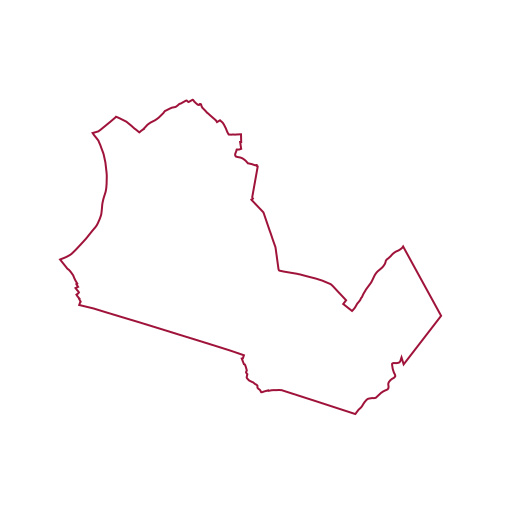 outline of Kapelle, Zeeland, Netherlands, rotated 109°
{"feature_id": "6326949B3037358920764", "entity_name": "Kapelle", "entity_type": "district", "adm_level": 2, "iso_a3": "NLD", "parent_name": "Netherlands", "parent_adm1": "Zeeland", "projection": "albers", "projection_center": [3.961, 51.499], "detail": "fine", "context": "isolated", "style": "outline", "palette": "rose", "viewbox_px": 512, "rotation_deg": 109, "n_neighbors": 0, "source": "geoboundaries", "source_scale": "gbopen_adm2", "svg_char_len": 5905}
<svg xmlns="http://www.w3.org/2000/svg" viewBox="0 0 512 512"><g transform="rotate(109 256 256)"><path d="M192.9,450.5L194.3,448.7L195.9,446.1L198.1,442.7L199.8,441.2L201.7,439.4L204.1,437.5L208.7,433.7L210.7,432.4L213.7,430.6L216.5,428.9L225.9,424.4L228.5,423.3L230.9,422.5L236.6,420.7L240.5,419.7L242.2,419.4L244.2,419.1L251.4,418.9L254.3,418.6L257.1,418.2L259.1,417.7L262.7,416.8L266.3,416.0L268.0,415.8L271.5,415.8L276.4,416.2L278.5,416.5L280.7,417.1L285.8,419.1L294.8,422.3L299.7,424.4L308.9,428.5L311.5,429.8L314.2,431.2L315.8,432.4L317.7,434.1L319.5,435.9L323.1,440.1L326.6,434.6L328.7,431.3L329.0,430.9L329.2,430.6L329.4,430.3L329.5,429.9L329.6,429.7L329.8,429.0L330.1,428.2L330.3,427.8L331.3,426.1L333.7,422.7L334.2,422.2L335.7,421.0L337.9,418.8L340.3,416.0L341.1,416.7L343.1,414.2L345.1,416.2L346.6,413.9L347.2,412.8L348.0,411.6L349.2,411.9L351.0,413.2L351.7,412.4L352.7,410.9L353.8,409.1L354.1,409.3L356.3,406.9L356.6,406.9L356.9,407.2L359.9,407.2L358.5,392.6L358.0,377.6L357.2,357.1L356.8,347.5L355.4,303.4L354.3,268.6L354.0,257.1L353.8,249.8L353.8,235.1L357.0,235.1L357.6,236.1L362.2,232.2L362.2,231.3L362.7,230.7L364.5,229.3L367.1,227.5L367.3,227.4L367.8,227.5L368.6,227.6L369.0,227.6L369.3,227.5L369.5,227.3L370.5,226.0L370.6,225.7L372.4,225.5L373.4,225.4L373.8,225.2L374.0,225.2L374.3,224.9L374.5,224.7L375.0,223.9L375.1,223.6L375.6,222.7L375.8,222.4L375.9,222.0L376.0,221.7L376.1,220.9L376.4,218.6L376.4,217.6L376.5,217.3L376.6,217.1L377.2,215.6L377.4,214.9L377.5,214.5L377.5,214.0L377.5,213.8L377.6,213.5L378.1,212.5L378.2,212.4L378.8,212.2L379.7,211.9L379.9,211.8L380.2,211.5L380.7,210.7L380.8,210.4L381.1,209.4L381.3,208.9L381.6,208.3L382.0,207.9L383.0,206.9L383.1,206.7L382.8,206.0L382.5,205.5L381.4,204.2L381.1,203.7L380.2,202.4L380.0,202.1L379.9,202.0L379.9,201.7L379.3,201.0L379.1,200.9L379.0,200.7L379.3,200.4L379.4,200.2L378.0,197.8L377.6,197.0L377.3,196.2L375.9,192.3L375.7,191.9L375.2,190.6L374.7,188.7L374.5,188.2L374.5,187.3L373.8,153.1L373.1,110.7L372.7,110.5L371.5,110.1L370.9,110.0L370.1,109.7L368.9,109.3L368.0,109.0L366.2,108.0L364.8,107.3L363.2,106.8L361.2,106.4L360.1,106.1L359.2,105.9L358.2,105.5L356.3,104.8L355.5,104.3L355.0,104.0L354.7,103.7L354.1,102.9L353.4,101.6L352.6,100.1L351.9,98.0L351.5,97.2L351.1,96.6L345.3,93.5L344.4,93.0L343.6,92.3L343.1,92.0L342.4,91.4L341.4,90.4L340.0,88.9L339.3,88.2L339.1,88.1L338.2,87.8L337.9,87.8L336.4,88.1L334.9,88.9L334.4,89.1L333.9,89.3L332.9,89.4L332.3,89.3L331.9,89.3L331.0,89.0L329.9,88.6L329.0,88.1L328.1,87.5L327.3,86.9L326.5,86.1L326.0,85.8L325.7,85.6L325.4,85.5L324.4,85.2L323.8,85.4L323.5,85.6L322.8,86.1L322.1,86.8L321.4,87.6L318.9,89.5L318.0,90.1L316.1,91.1L315.2,91.6L314.3,92.0L313.6,92.2L313.3,92.1L312.6,91.4L312.1,90.1L311.9,89.4L311.6,88.4L311.1,87.4L310.6,86.6L309.9,85.8L309.1,85.5L308.8,85.4L308.1,85.3L305.4,85.4L304.5,85.4L310.4,81.1L252.3,61.5L199.1,120.0L200.6,120.4L202.1,121.3L203.5,122.3L204.9,123.6L206.2,125.1L207.6,126.2L209.0,127.1L210.5,127.9L212.1,128.5L213.6,129.3L215.1,130.1L216.5,131.1L218.1,131.7L219.9,131.5L221.6,131.6L223.2,132.0L224.8,132.5L226.3,133.2L229.3,135.0L230.8,135.9L232.3,136.6L233.9,137.1L235.5,137.5L238.9,137.9L240.6,138.1L242.3,138.3L243.9,138.6L251.9,141.1L253.5,141.4L256.8,142.1L258.5,142.3L260.2,142.4L261.8,143.0L263.5,143.1L265.1,143.6L266.7,144.2L268.2,144.8L269.8,145.1L271.5,145.4L273.1,145.8L274.7,146.4L276.7,147.3L273.0,157.9L268.5,156.4L264.4,164.2L263.6,165.8L259.4,173.6L258.5,175.7L258.3,176.4L257.7,185.2L257.7,186.2L257.8,189.3L257.8,191.0L258.0,194.0L258.2,196.2L258.6,201.3L258.8,204.1L259.0,206.9L259.1,208.6L259.3,209.6L259.4,211.1L260.4,217.0L261.7,224.9L262.2,229.1L262.1,229.5L261.9,229.8L261.0,230.5L250.5,235.8L243.4,239.4L241.3,240.5L234.5,245.9L230.3,249.1L228.2,250.8L226.7,252.0L212.8,262.8L212.4,263.2L212.3,263.3L211.8,264.2L208.6,270.4L204.8,277.7L204.5,278.4L204.3,278.6L204.2,278.7L203.9,278.3L203.6,278.1L203.3,277.9L202.7,277.6L202.5,277.9L202.4,278.1L201.9,278.5L201.6,278.7L201.1,278.8L170.9,283.5L170.7,283.6L170.6,284.7L169.8,284.9L169.8,285.2L170.0,285.4L170.5,286.6L170.5,288.5L170.5,290.1L170.7,291.7L170.9,293.4L171.0,293.8L169.4,296.6L168.9,297.8L168.5,299.1L168.1,300.6L168.0,301.7L168.0,302.5L168.0,303.0L168.3,304.8L168.5,306.8L168.5,307.4L168.4,307.6L167.9,308.1L167.5,308.5L166.8,308.8L166.6,308.8L166.0,308.9L165.5,308.9L164.0,308.8L163.7,308.8L161.6,308.9L161.2,307.8L161.1,307.4L160.8,306.6L159.5,304.9L153.4,308.1L153.1,307.1L145.8,309.8L147.3,313.6L147.9,314.9L148.2,315.8L148.6,317.3L148.9,318.0L149.2,318.6L149.3,318.9L149.6,319.8L149.8,320.7L149.9,321.0L150.0,321.1L149.8,321.5L149.7,321.8L147.9,323.7L145.2,326.0L142.2,329.1L140.8,330.9L139.4,334.2L141.2,335.7L142.1,336.5L141.1,337.7L140.7,338.3L138.7,343.3L136.6,348.3L136.4,348.9L136.4,349.3L135.9,349.8L134.6,352.3L133.6,354.3L133.4,354.7L133.3,355.0L132.7,355.6L132.0,356.3L131.5,356.7L131.0,357.0L130.7,357.2L130.5,357.4L130.5,357.6L130.4,358.0L130.5,358.3L130.5,358.5L130.8,358.8L131.6,358.9L131.7,359.0L131.8,359.2L131.9,359.6L131.9,360.2L131.8,360.6L131.1,362.5L130.7,363.3L130.2,364.4L128.9,366.4L128.9,366.5L128.9,366.8L129.0,366.9L132.2,369.7L132.4,370.0L132.3,370.4L132.1,371.0L131.6,372.1L131.6,372.3L132.1,373.0L135.7,376.2L136.0,376.5L136.3,376.7L136.7,377.2L136.9,377.7L137.1,377.9L137.9,378.4L138.9,378.9L140.4,379.9L140.8,380.2L141.0,380.4L141.2,380.6L141.6,381.1L143.1,383.8L143.5,384.2L144.5,385.3L148.7,389.4L149.9,389.8L150.7,390.0L151.4,390.3L156.0,392.6L156.8,393.0L158.9,394.4L160.6,395.7L160.8,395.9L164.2,399.2L164.5,399.4L164.8,399.6L165.7,400.3L167.0,401.2L167.8,401.6L171.7,403.3L172.2,403.6L172.4,403.4L172.6,403.6L173.5,404.2L174.6,405.1L176.2,406.0L177.1,406.6L175.3,411.4L175.3,411.8L175.1,412.3L174.9,412.8L173.8,415.4L173.4,416.3L171.2,422.3L170.2,429.7L170.0,431.8L169.9,433.7L170.7,434.0L176.3,437.3L187.6,444.3L188.5,445.0L189.2,445.4L189.4,445.5L192.9,450.5Z" fill="none" stroke="#9f1239" stroke-width="2"/></g></svg>